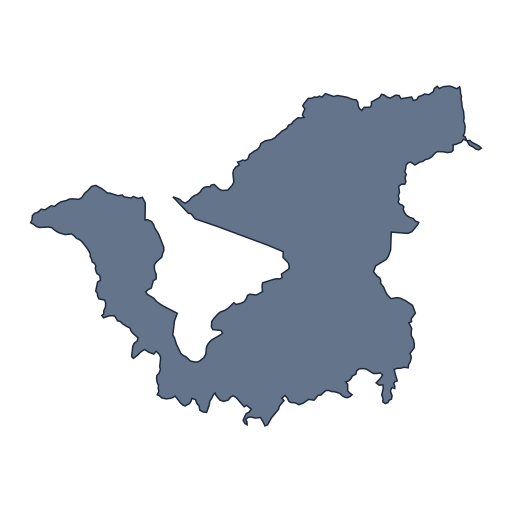 the district of Resende, Rio de Janeiro, Brazil
{"feature_id": "56859067B32090698644023", "entity_name": "Resende", "entity_type": "district", "adm_level": 2, "iso_a3": "BRA", "parent_name": "Brazil", "parent_adm1": "Rio de Janeiro", "projection": "mercator", "projection_center": [-44.503, -22.442], "detail": "fine", "context": "isolated", "style": "filled", "palette": "slate", "viewbox_px": 512, "rotation_deg": 0, "n_neighbors": 0, "source": "geoboundaries", "source_scale": "gbopen_adm2", "svg_char_len": 6042}
<svg xmlns="http://www.w3.org/2000/svg" viewBox="0 0 512 512"><path d="M237.6,162.0L239.3,165.0L235.7,167.1L233.6,170.0L232.9,173.1L233.8,182.1L232.3,185.1L227.9,190.1L222.0,190.5L219.0,189.1L214.3,184.5L211.3,185.0L209.9,186.9L207.5,186.7L204.2,187.3L201.8,189.5L200.1,192.1L197.3,194.4L194.4,195.6L191.8,197.4L189.1,200.6L185.2,203.2L182.0,201.6L179.7,199.3L172.9,196.8L188.3,213.2L191.2,213.8L195.0,218.8L217.5,226.5L268.3,245.4L283.2,251.7L283.0,257.4L288.4,263.0L289.1,265.7L288.9,268.9L281.4,274.1L282.1,277.7L279.8,278.9L277.0,278.7L273.4,279.4L262.6,282.8L262.0,286.0L262.5,291.6L256.3,295.0L249.7,294.2L247.5,295.4L246.5,298.2L244.4,301.6L241.2,303.2L236.1,304.5L233.9,302.7L227.8,308.5L224.8,310.4L220.3,312.0L218.4,313.5L214.0,318.3L211.7,321.5L211.4,326.8L212.8,329.6L221.0,330.5L222.6,333.1L220.9,334.6L211.5,340.0L209.4,342.3L207.8,344.3L206.5,347.1L205.8,354.1L203.8,357.7L199.8,360.9L197.6,362.0L194.2,361.9L190.2,360.9L185.8,356.6L183.2,355.5L180.8,353.3L176.5,344.4L174.3,337.5L172.8,335.1L174.5,320.8L177.3,313.3L162.3,305.5L156.7,301.7L153.9,298.3L147.6,294.5L145.7,292.0L148.1,289.7L151.3,288.0L153.3,280.8L156.2,278.9L156.2,274.2L154.9,271.3L154.3,268.1L154.5,264.6L156.6,261.6L161.7,257.3L162.7,253.3L163.8,250.5L163.8,247.3L158.5,233.9L154.5,227.5L153.6,224.5L151.4,221.5L147.6,219.7L145.0,219.9L145.3,203.2L142.4,197.3L138.1,198.4L133.3,196.5L131.1,198.0L123.8,196.8L122.3,195.0L117.9,195.7L109.9,193.1L107.4,193.0L102.2,188.9L95.9,185.4L91.7,186.3L87.8,190.6L84.7,193.2L81.8,197.6L79.0,199.3L72.2,198.8L69.2,199.1L66.4,200.5L60.9,201.8L57.8,203.7L54.7,206.4L51.1,205.8L45.0,209.8L41.1,209.2L38.9,211.4L36.7,212.7L34.4,213.4L32.4,215.6L32.0,219.7L30.7,222.8L33.6,224.3L36.4,226.5L39.5,227.5L48.4,227.0L51.7,227.6L55.0,230.4L58.7,232.7L62.7,233.9L65.3,234.6L71.5,233.9L74.4,236.0L76.4,238.3L79.3,239.6L81.5,241.2L85.5,246.2L88.1,249.7L90.3,253.9L90.1,256.4L91.5,258.9L92.2,261.9L94.6,263.5L95.8,265.8L95.3,268.3L96.1,271.6L97.2,273.8L99.6,275.3L100.1,277.7L100.4,280.3L97.6,282.0L95.7,291.1L97.3,293.1L97.6,295.9L98.9,298.9L104.7,300.1L105.7,303.2L105.5,306.9L103.8,310.8L103.7,313.9L101.8,315.5L103.5,317.8L109.1,315.9L112.2,315.6L115.0,316.3L117.5,320.8L120.4,321.6L122.7,323.9L126.9,326.6L129.9,327.9L131.1,331.1L133.0,333.4L138.1,337.9L137.2,340.9L134.1,343.3L132.8,346.3L131.6,356.6L133.5,358.4L137.9,354.9L141.0,351.7L144.6,349.5L148.7,352.2L153.8,354.1L156.0,351.3L159.1,354.0L160.7,357.5L159.7,366.8L160.4,369.2L159.2,373.0L157.0,375.4L156.5,378.1L157.2,382.7L158.5,385.1L158.2,388.4L158.9,391.6L157.2,394.7L159.5,395.8L161.8,397.9L166.2,398.9L170.5,398.3L173.1,397.4L175.2,396.1L180.4,402.8L182.7,405.0L185.0,406.0L189.6,403.5L191.2,400.9L191.9,398.3L195.5,399.7L197.0,403.7L199.0,405.7L199.9,410.3L203.3,412.0L206.6,412.4L209.1,405.5L209.9,401.0L211.9,398.0L213.3,394.9L215.0,393.0L216.0,395.3L219.9,400.1L223.6,401.4L228.0,400.2L230.8,396.9L233.3,395.8L236.0,397.4L244.2,406.8L246.5,405.3L251.3,409.1L249.1,412.1L246.3,413.6L244.8,416.3L243.1,420.3L244.8,423.4L247.1,424.8L247.0,421.8L245.7,419.6L247.9,417.4L251.4,417.0L255.2,418.1L260.4,417.5L263.6,422.8L265.0,425.9L267.5,424.9L271.5,417.8L278.6,409.2L279.4,406.1L284.0,400.6L281.9,398.1L285.0,395.5L287.6,398.4L288.6,400.9L290.5,402.4L295.5,402.9L298.8,404.7L302.9,403.3L308.7,399.4L314.1,400.2L318.1,395.3L320.8,395.1L324.1,391.9L326.1,390.5L329.1,390.5L331.6,391.6L334.3,391.7L339.8,393.3L342.2,395.7L345.1,397.4L347.4,397.7L350.0,396.6L352.1,394.7L349.7,393.0L347.7,390.9L347.7,384.2L345.6,381.9L348.7,380.9L351.0,378.6L352.3,376.1L355.9,374.1L356.6,370.8L359.4,368.7L363.4,368.7L366.0,368.9L373.4,373.5L376.8,373.5L380.4,372.9L382.6,375.0L380.5,378.3L376.1,382.9L379.2,385.2L382.7,384.8L383.3,388.1L381.7,395.0L383.1,398.6L382.7,401.8L385.3,403.6L387.9,402.6L389.3,400.1L391.4,399.2L392.1,395.9L390.4,390.9L392.0,387.4L394.7,388.5L394.8,385.9L393.6,383.7L395.0,381.5L397.3,380.9L394.8,372.6L394.3,369.3L397.2,368.3L400.3,368.3L404.1,367.3L408.2,367.8L408.6,364.6L410.3,361.6L411.3,357.4L410.1,353.3L414.2,347.9L414.3,344.0L413.4,339.5L411.3,335.7L411.1,332.8L411.7,328.5L408.9,322.7L411.6,321.7L411.2,318.8L415.4,313.2L412.5,305.3L405.2,300.5L400.2,298.1L397.2,297.7L390.9,298.6L387.1,294.6L385.2,291.1L383.8,287.5L380.6,283.1L380.7,280.4L379.5,277.7L377.0,276.1L373.5,271.8L375.7,265.8L386.1,259.5L388.3,256.4L390.6,250.0L391.3,232.1L407.8,233.4L411.9,231.7L417.6,224.8L418.8,222.4L415.4,221.1L413.3,218.5L410.0,217.5L406.5,215.4L404.5,212.6L403.2,209.1L403.9,206.8L402.0,204.9L399.8,204.3L398.1,201.9L399.2,199.2L398.3,195.8L399.5,192.2L398.7,186.3L401.5,184.2L404.8,184.2L405.9,181.6L405.0,177.9L406.3,174.6L404.8,171.6L405.7,168.6L406.0,165.2L408.2,162.7L410.8,162.2L414.9,165.0L420.0,162.0L422.8,161.4L425.2,159.7L428.9,158.6L432.2,156.5L434.6,153.5L437.3,151.6L443.7,151.8L447.5,152.6L451.3,152.0L453.1,150.4L453.2,144.6L455.5,144.5L461.2,142.2L463.6,139.2L466.8,140.8L465.3,137.0L463.2,135.8L464.6,132.8L465.1,127.0L464.6,123.6L463.6,121.0L464.1,118.2L463.6,111.7L462.1,106.7L461.8,102.6L461.1,99.4L461.5,96.4L460.6,93.4L460.3,89.1L459.6,86.8L456.8,88.8L452.2,86.8L449.6,86.1L443.5,86.6L439.3,88.5L437.2,86.3L434.3,88.4L433.4,91.6L428.8,94.7L424.6,94.0L421.7,95.6L418.6,96.5L416.8,99.6L413.4,100.5L411.6,97.0L401.0,98.7L399.1,95.5L395.6,95.2L390.1,98.1L386.8,96.9L384.5,95.1L381.5,94.3L379.6,97.5L371.4,102.0L371.4,105.3L370.0,107.3L364.1,107.3L361.8,110.5L359.4,108.6L358.2,105.5L357.8,102.2L356.3,99.9L352.6,99.4L346.9,97.2L337.5,95.5L333.8,96.5L325.4,93.6L321.9,97.2L319.4,96.1L316.9,97.4L314.5,96.9L311.7,98.3L308.3,98.3L304.3,103.2L302.7,105.9L304.9,109.1L303.5,111.8L302.4,115.1L304.1,117.4L300.9,118.0L298.0,117.7L293.2,121.5L291.4,124.0L288.6,125.2L286.8,128.4L281.5,131.4L279.7,133.4L277.0,135.4L275.1,137.6L271.5,139.6L265.2,140.8L261.0,143.4L259.7,146.7L257.4,149.6L254.3,151.1L249.5,154.5L247.8,159.1L245.0,160.7L242.7,160.0L240.2,161.3L237.6,162.0ZM466.8,140.8L469.5,145.2L473.4,147.1L476.0,149.2L478.8,149.8L481.3,148.2L478.7,145.8L472.0,142.3L469.7,140.3L466.8,140.8Z" fill="#64748b" stroke="#1e293b" stroke-width="1.5"/></svg>